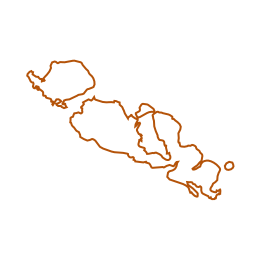 map outline of Nusa Tenggara Barat (Mercator projection), rotated 35°
{"feature_id": "IDN-555", "entity_name": "Nusa Tenggara Barat", "entity_type": "Province", "adm_level": 1, "iso_a3": "IDN", "parent_name": "Indonesia", "parent_adm1": "", "projection": "mercator", "projection_center": [117.655, -8.595], "detail": "fine", "context": "isolated", "style": "outline", "palette": "amber", "viewbox_px": 256, "rotation_deg": 35, "n_neighbors": 0, "source": "natural_earth", "source_scale": "10m", "svg_char_len": 5973}
<svg xmlns="http://www.w3.org/2000/svg" viewBox="0 0 256 256"><g transform="rotate(35 128 128)"><path d="M241.2,129.0L240.2,129.5L240.6,130.1L239.7,130.8L239.3,131.4L239.2,132.4L239.4,133.4L240.2,135.1L239.5,135.5L239.7,136.5L237.7,138.0L236.8,138.2L235.6,137.4L235.4,138.3L234.9,138.7L234.3,138.6L232.8,137.8L231.1,138.2L227.0,138.8L225.6,138.6L223.9,137.2L222.4,135.0L221.9,134.5L220.7,134.3L220.3,134.6L220.1,135.3L219.5,136.0L217.9,136.6L215.0,135.8L213.5,136.5L211.8,135.8L210.5,136.3L209.3,137.3L207.5,138.3L209.2,139.8L209.8,140.1L215.8,140.3L221.3,141.2L222.6,141.6L224.0,143.6L224.2,144.2L223.8,144.7L223.0,145.0L221.4,145.3L218.6,144.9L217.2,144.4L217.2,144.5L217.0,144.8L216.1,145.3L212.6,142.7L211.3,142.0L208.3,141.9L205.3,142.3L191.6,146.3L188.2,145.5L186.4,141.6L186.7,139.8L188.8,137.2L189.6,135.5L189.9,134.4L189.9,133.4L189.6,131.4L188.3,128.3L188.3,127.1L187.3,128.0L187.1,129.5L187.4,132.5L186.9,133.4L184.3,134.1L183.2,134.5L181.4,136.9L180.2,139.5L179.7,139.9L178.9,140.0L171.0,146.5L169.9,146.8L167.0,145.3L165.7,144.9L163.0,145.8L163.0,145.7L162.8,145.5L162.1,145.3L161.6,146.1L161.0,146.5L160.3,147.4L153.1,151.2L152.4,150.6L151.9,150.5L150.8,150.9L150.1,149.4L149.7,149.0L148.7,149.0L147.4,150.4L146.2,150.9L145.3,150.9L144.2,150.5L143.5,150.1L142.9,149.3L142.0,149.5L138.2,151.2L130.8,155.6L128.1,156.7L119.5,159.1L115.8,159.5L108.5,157.1L106.3,157.1L104.9,157.6L103.7,159.6L101.9,161.6L98.2,162.4L94.0,162.7L92.8,161.2L90.0,159.5L88.6,159.8L87.1,159.8L83.3,158.5L81.9,158.4L80.4,157.9L78.2,156.3L77.5,156.5L76.3,154.3L75.2,152.9L75.4,151.8L76.5,150.2L76.0,149.0L75.6,146.8L77.2,145.3L78.4,143.7L81.1,143.1L81.6,141.8L81.4,141.0L80.3,139.9L79.3,138.2L78.0,138.3L77.6,137.7L78.1,135.4L78.1,133.7L76.5,132.8L79.3,127.2L82.1,126.6L82.6,125.2L82.5,122.1L83.8,123.1L84.4,123.4L85.3,123.4L92.3,121.2L95.5,119.4L99.4,116.4L101.8,115.1L101.3,113.6L102.8,112.8L105.0,112.4L106.5,111.9L107.8,113.7L111.0,114.1L111.7,114.4L112.7,115.1L114.6,116.1L117.1,117.9L122.5,120.2L122.1,119.2L123.0,116.7L123.1,115.5L123.4,115.3L124.8,116.0L128.2,116.0L129.9,115.7L130.8,115.1L131.5,116.2L132.1,120.6L133.1,122.5L133.5,121.1L133.6,117.9L134.5,117.0L135.2,117.3L135.6,118.6L136.0,123.2L136.3,124.3L136.9,125.0L140.2,126.7L142.4,125.9L143.3,126.2L142.8,127.1L144.1,127.6L144.6,128.0L145.1,128.6L144.7,129.3L144.7,129.7L146.1,130.2L146.5,130.9L145.1,130.9L144.2,131.4L144.7,132.4L145.6,134.8L146.2,135.8L147.4,136.4L148.6,136.4L152.8,135.0L153.3,135.1L153.8,135.5L154.0,136.9L156.0,137.1L157.3,137.5L158.4,138.3L159.7,137.3L162.5,134.3L163.7,133.7L164.1,133.0L164.8,132.5L165.0,132.1L168.7,131.4L171.0,131.4L173.3,132.3L177.0,132.2L178.3,131.8L179.4,131.1L180.0,130.0L180.0,128.7L179.4,127.5L178.5,126.6L177.5,126.2L176.1,124.8L175.4,125.9L174.5,126.7L173.4,124.9L170.4,122.3L169.4,120.6L169.0,120.6L168.3,121.3L167.4,120.7L165.5,118.6L164.3,118.2L162.9,118.6L160.7,119.7L159.7,119.5L158.5,118.9L157.4,118.2L156.4,117.0L152.5,114.6L148.6,111.6L145.1,107.2L143.3,105.8L141.8,104.2L141.2,103.9L140.8,103.2L141.1,101.4L142.3,98.4L143.1,97.6L143.7,97.4L144.6,97.4L146.7,96.1L147.9,95.9L153.4,93.7L154.9,93.4L157.7,93.3L158.1,93.7L158.9,95.0L159.5,94.9L160.2,94.4L160.8,94.4L162.1,94.7L165.3,94.8L168.2,95.3L170.5,96.7L171.7,99.3L172.3,103.4L175.4,107.2L176.8,109.9L177.5,110.7L177.9,110.9L178.6,110.5L180.8,112.6L181.4,112.8L182.4,112.5L185.0,111.0L186.7,109.2L187.2,108.6L187.4,107.9L189.3,106.8L190.2,105.1L191.5,104.5L193.1,104.3L194.2,104.4L196.0,105.7L196.7,105.8L199.5,105.8L200.0,106.0L201.1,106.7L203.9,107.2L205.0,108.3L207.1,112.8L206.7,113.9L206.4,115.6L206.2,118.6L204.5,123.3L204.3,124.4L205.2,124.7L206.3,123.8L207.2,122.5L208.4,119.6L209.2,118.2L209.1,117.6L208.5,116.0L208.5,113.3L209.5,111.3L211.0,109.7L212.6,108.6L215.0,107.7L218.1,107.2L221.4,107.2L224.2,107.7L225.7,108.1L226.7,108.6L227.4,109.4L227.8,110.9L228.0,112.8L229.0,116.1L231.0,119.5L230.6,122.1L229.6,124.8L230.1,127.1L230.1,128.8L230.3,130.3L231.0,131.4L232.6,131.8L235.0,131.2L236.3,130.6L237.0,130.0L236.9,129.3L236.5,128.3L237.9,127.9L238.2,127.5L238.4,126.0L238.8,125.6L239.7,126.5L241.2,129.0ZM68.8,106.3L71.1,107.2L73.7,109.1L75.6,111.5L76.2,114.2L75.6,115.3L73.4,118.6L72.7,119.3L72.3,120.2L72.0,125.3L71.2,126.5L68.4,129.3L67.8,130.7L63.6,138.1L61.1,140.4L59.9,142.1L60.4,144.1L60.3,145.1L60.5,145.8L61.2,145.9L61.8,144.7L62.6,144.3L63.0,145.0L63.9,145.2L64.7,145.9L65.8,146.2L64.2,148.4L61.5,148.8L60.5,148.4L58.2,150.0L56.3,150.0L55.3,149.4L56.7,147.7L58.0,144.5L56.9,144.2L54.7,144.3L53.0,145.6L53.3,152.3L52.4,152.0L52.4,150.3L51.8,149.5L51.1,149.4L50.5,150.3L49.9,150.4L48.9,148.9L48.3,148.6L47.1,148.8L44.6,149.8L43.4,150.0L43.0,149.8L42.6,149.2L42.1,149.0L41.4,149.2L40.5,149.9L40.0,150.0L39.5,149.6L38.3,147.8L37.5,147.2L36.5,147.0L33.4,146.9L33.1,147.9L32.4,148.4L31.5,148.3L30.6,147.6L31.4,147.3L31.8,146.8L31.9,146.3L31.5,145.8L30.9,145.7L29.0,146.3L28.7,146.7L29.0,148.8L28.3,149.2L27.6,149.2L26.4,148.6L26.1,148.0L25.5,146.4L25.1,145.8L24.2,145.2L23.5,145.6L22.6,145.8L21.5,145.6L17.4,143.3L15.5,143.0L14.8,141.3L15.0,139.8L15.2,138.4L16.2,136.8L17.5,137.2L18.2,136.8L19.1,138.8L23.3,138.7L25.2,137.6L25.8,138.0L27.9,138.3L29.1,137.4L29.7,137.4L30.2,138.5L30.7,139.2L31.5,138.0L32.2,137.6L32.4,136.9L30.3,136.0L30.6,133.3L31.0,130.9L31.2,126.8L30.5,123.0L28.9,121.5L28.2,117.8L29.7,115.7L30.9,115.2L32.9,115.3L33.4,115.1L34.5,113.0L38.4,110.5L44.4,104.4L45.5,103.6L51.5,101.3L52.7,101.3L54.8,102.4L59.7,103.7L62.5,104.1L64.7,105.5L65.9,105.9L68.8,106.3ZM137.9,97.7L139.8,98.8L140.0,99.5L139.8,100.1L138.1,101.1L136.3,102.8L135.0,104.8L131.4,112.3L130.5,113.3L129.2,113.7L126.4,112.1L125.9,111.4L126.0,110.9L126.6,110.0L127.7,107.6L127.6,106.7L126.9,105.6L125.9,104.9L125.8,104.6L125.6,101.8L125.7,100.8L126.0,100.0L126.5,99.6L130.2,97.7L131.2,97.5L137.9,97.7ZM233.3,96.5L235.1,97.6L236.4,98.9L236.7,100.5L236.1,102.6L235.3,103.6L234.3,104.7L232.8,105.4L231.0,105.3L229.1,103.5L228.9,100.5L230.3,97.7L233.3,96.5Z" fill="none" stroke="#b45309" stroke-width="2"/></g></svg>